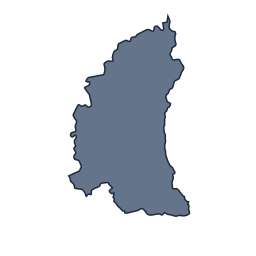 the border of Lérida, rotated 166°
{"feature_id": "ESP-5831", "entity_name": "Lérida", "entity_type": "Autonomous Community", "adm_level": 1, "iso_a3": "ESP", "parent_name": "Spain", "parent_adm1": "", "projection": "mercator", "projection_center": [0.993, 42.04], "detail": "fine", "context": "isolated", "style": "filled", "palette": "slate", "viewbox_px": 256, "rotation_deg": 166, "n_neighbors": 0, "source": "natural_earth", "source_scale": "10m", "svg_char_len": 4464}
<svg xmlns="http://www.w3.org/2000/svg" viewBox="0 0 256 256"><g transform="rotate(166 128 128)"><path d="M93.7,29.1L95.3,29.3L98.5,30.5L100.1,30.9L101.8,30.7L103.4,31.0L107.3,33.3L110.0,34.4L110.8,35.0L112.3,36.4L113.2,36.9L114.1,36.4L115.0,35.7L115.9,35.4L116.7,35.7L118.2,36.9L118.9,37.3L126.6,37.9L128.5,38.5L130.1,39.9L131.0,41.7L131.7,43.6L132.6,45.3L134.2,46.5L135.2,46.6L138.2,45.6L149.5,45.7L151.6,46.2L151.2,48.0L151.7,48.5L152.5,48.5L153.3,48.9L154.9,51.9L156.6,54.3L158.2,58.5L159.5,60.2L159.1,61.0L158.6,62.2L158.5,63.4L159.2,63.9L159.2,64.4L157.7,67.0L157.4,68.4L159.4,68.1L161.0,69.6L161.4,71.5L159.6,72.8L159.0,73.0L157.5,73.7L160.1,77.8L160.1,79.3L161.2,80.1L166.7,80.8L167.4,80.7L168.5,80.1L169.0,79.4L169.4,78.7L170.0,78.2L172.5,77.8L175.7,77.4L178.6,76.2L179.6,72.8L179.9,72.5L180.2,72.3L180.4,72.4L180.7,72.8L181.8,73.2L182.9,73.2L183.9,72.7L184.7,71.7L185.0,71.9L185.2,72.1L185.3,72.4L185.2,72.8L185.4,74.9L185.9,76.8L186.7,78.6L188.0,79.9L193.9,82.1L194.2,82.8L194.2,86.4L194.6,87.3L196.2,89.5L196.5,90.4L196.6,91.4L196.5,92.3L196.3,93.3L197.1,95.9L185.5,98.1L182.9,101.3L182.6,102.1L182.6,102.9L183.3,107.4L183.7,108.2L184.2,108.8L187.0,110.3L187.4,110.8L187.6,111.8L187.5,112.9L187.2,113.9L186.6,114.6L185.6,115.3L185.3,115.6L184.9,116.5L184.7,117.0L184.7,117.5L185.5,120.6L185.3,121.7L184.8,122.2L183.6,122.6L183.2,123.1L183.1,123.8L183.5,125.9L183.4,127.2L183.1,128.4L182.5,129.4L180.5,131.2L180.3,132.1L180.4,133.1L180.8,133.6L181.3,133.8L183.5,132.8L184.2,132.8L184.8,133.1L185.4,134.0L185.5,135.0L185.2,135.9L184.5,136.7L183.6,137.2L180.7,137.1L179.9,137.4L179.2,138.2L179.0,139.1L178.9,142.2L176.4,146.3L176.3,147.7L178.0,152.0L178.1,153.2L177.8,154.4L171.4,161.9L170.7,162.4L169.9,162.4L167.7,160.4L166.9,160.2L164.3,160.8L163.5,160.4L161.9,158.1L160.9,157.7L159.7,157.8L158.7,158.3L157.9,159.3L157.7,160.1L157.4,169.6L160.3,177.0L160.2,177.8L155.9,178.8L154.5,180.0L154.1,182.0L155.8,182.3L157.5,183.5L156.1,185.4L154.2,186.5L139.3,185.7L138.7,185.9L138.1,186.4L136.6,189.1L135.8,192.2L135.9,195.0L135.7,196.1L134.7,196.9L132.3,197.7L131.1,197.8L127.1,196.6L126.3,196.8L126.1,197.5L126.2,199.5L126.1,200.3L124.6,203.4L122.6,205.9L119.5,206.8L118.8,207.6L117.6,210.9L116.6,212.1L109.4,213.6L108.5,213.5L106.1,211.8L105.3,211.6L104.7,211.9L104.4,212.4L103.8,213.7L102.7,214.9L98.4,214.9L96.4,216.5L85.9,218.9L83.6,218.3L81.3,216.2L80.5,215.8L79.8,216.1L79.2,216.8L78.5,218.7L77.8,219.6L76.8,220.1L75.8,220.1L74.9,219.7L74.2,218.8L72.4,215.3L71.7,214.7L70.8,214.5L69.9,214.9L69.3,215.7L68.8,221.6L64.5,221.3L62.2,226.9L61.7,224.0L61.5,221.3L63.8,216.1L63.5,214.0L62.6,212.4L61.4,211.2L59.9,210.4L59.2,210.2L58.9,207.8L60.2,205.9L61.1,202.6L61.2,200.2L61.1,197.9L61.4,197.2L62.3,196.3L64.9,195.5L65.6,195.2L65.9,194.9L66.0,194.6L66.0,194.4L66.2,194.0L66.6,193.3L67.1,192.5L68.8,190.4L69.3,189.6L69.6,188.9L69.2,187.8L68.8,187.0L68.6,186.0L68.5,185.1L68.5,184.2L68.0,183.2L67.3,182.9L66.4,182.8L65.4,182.9L62.7,182.5L61.9,182.1L61.4,181.4L61.1,180.5L60.7,177.8L59.4,174.8L59.3,173.9L59.3,172.9L60.6,170.9L62.8,168.9L64.0,166.9L64.6,166.1L65.3,165.6L65.5,165.0L66.0,164.1L66.4,163.7L67.0,163.3L67.7,163.1L70.8,162.5L71.7,161.9L72.5,160.9L73.4,158.9L74.6,156.9L75.0,156.4L75.5,156.0L76.3,155.7L78.0,155.3L78.8,154.7L79.4,153.8L80.2,152.4L81.5,151.5L82.3,151.2L82.8,150.4L83.4,149.7L83.8,148.9L83.6,144.8L83.4,144.0L83.1,143.5L82.3,142.9L81.0,141.7L80.9,141.0L81.3,140.2L81.8,139.5L82.6,138.8L83.4,138.3L84.1,138.1L84.7,137.8L85.1,137.3L85.8,136.0L86.2,135.4L86.9,134.8L87.9,134.4L88.3,134.0L88.7,133.3L89.1,131.9L89.0,131.0L89.0,130.2L90.3,127.5L91.7,122.5L91.7,121.8L92.6,121.2L93.0,120.1L93.4,118.7L93.7,116.1L93.9,114.9L93.7,113.6L93.4,112.9L93.6,111.6L93.9,110.4L94.2,109.5L94.9,105.7L95.1,105.1L95.5,104.6L96.1,103.4L96.9,101.1L97.1,100.3L97.3,98.1L97.3,96.5L97.2,95.9L97.7,94.3L97.8,93.1L97.8,90.8L97.3,85.5L96.6,82.6L96.1,81.0L95.6,80.3L95.2,79.8L94.8,79.5L94.5,79.0L94.2,78.1L94.1,76.8L93.9,75.9L93.4,74.9L93.2,74.0L93.5,72.9L94.1,72.5L94.8,72.4L95.2,72.4L95.5,72.2L95.9,71.9L95.9,71.6L96.1,70.9L95.9,69.6L96.2,68.5L96.5,67.8L97.0,67.4L97.4,66.3L97.9,65.3L98.3,64.6L98.6,64.0L98.7,63.5L98.8,62.7L99.0,61.0L99.1,60.3L99.4,59.5L99.4,59.0L99.1,58.5L98.1,57.9L96.2,57.5L95.4,57.2L94.6,56.5L93.9,55.4L92.6,52.0L90.9,48.7L89.8,47.8L90.0,47.5L90.1,45.5L89.4,43.6L88.4,42.2L87.1,41.8L87.6,40.5L88.0,40.0L88.6,39.5L87.6,38.1L88.9,34.6L88.7,31.9L89.1,30.1L91.2,29.3L93.7,29.1Z" fill="#64748b" stroke="#1e293b" stroke-width="1.5"/></g></svg>